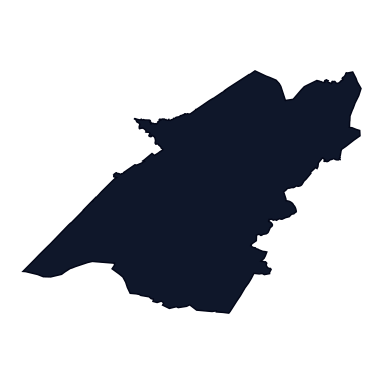 the district of Višķu pag., Daugavpils, Latvia
{"feature_id": "27541924B4584699907336", "entity_name": "Višķu pag.", "entity_type": "district", "adm_level": 2, "iso_a3": "LVA", "parent_name": "Latvia", "parent_adm1": "Daugavpils", "projection": "robinson", "projection_center": [26.799, 56.069], "detail": "fine", "context": "isolated", "style": "filled", "palette": "ink", "viewbox_px": 384, "rotation_deg": 0, "n_neighbors": 0, "source": "geoboundaries", "source_scale": "gbopen_adm2", "svg_char_len": 5990}
<svg xmlns="http://www.w3.org/2000/svg" viewBox="0 0 384 384"><path d="M196.6,310.1L212.1,311.5L215.3,311.0L216.4,311.0L216.3,311.9L223.2,312.4L228.8,313.1L230.2,311.3L236.7,301.1L240.3,295.8L245.0,287.8L248.6,282.9L251.3,278.4L253.9,273.3L259.2,273.9L262.2,273.5L264.3,274.6L269.6,273.6L269.6,272.3L271.1,269.5L270.5,268.5L269.5,268.5L268.4,268.1L267.8,267.8L266.6,266.3L266.3,265.0L266.4,263.7L266.7,263.4L266.7,263.1L265.5,261.8L264.6,261.9L263.9,261.6L262.0,261.5L260.9,261.2L264.0,258.4L265.3,255.9L266.8,252.0L265.0,251.6L262.8,251.4L258.6,249.7L257.8,249.1L256.3,248.9L255.3,247.8L253.3,247.5L251.5,246.5L251.2,246.6L251.5,246.4L251.4,245.9L251.3,245.7L250.8,245.6L251.0,245.3L250.7,245.3L250.7,245.0L250.9,244.5L251.4,244.1L256.3,240.7L256.4,238.6L256.5,235.2L258.0,234.5L259.2,234.3L260.1,234.6L260.3,235.2L260.7,235.4L261.2,235.4L261.7,235.2L263.1,234.3L266.2,233.8L267.6,232.9L268.2,232.2L270.3,227.5L271.6,226.6L272.2,225.9L272.4,225.3L272.4,224.6L272.0,223.8L271.2,222.8L270.1,222.0L269.1,221.7L268.6,221.4L268.5,220.9L268.7,220.5L269.1,220.4L269.1,219.4L270.4,219.4L271.8,219.1L272.1,219.5L273.2,220.1L273.7,220.1L274.9,219.6L276.5,220.3L278.6,219.0L279.5,218.7L281.1,219.2L282.1,219.2L285.6,217.6L289.2,216.7L291.1,214.6L292.4,214.0L293.4,213.9L294.0,213.7L294.6,212.8L295.5,212.5L296.1,211.9L296.3,211.3L295.8,209.1L295.4,207.9L294.6,206.3L293.7,205.3L292.9,203.9L291.7,202.7L289.7,201.5L287.9,201.0L286.1,200.7L285.8,198.6L283.6,191.8L284.5,191.1L284.9,191.0L285.5,190.3L286.3,189.8L286.8,188.9L287.0,188.7L287.7,188.5L288.3,188.1L289.6,188.1L291.7,187.5L293.4,187.6L294.5,187.1L295.8,186.2L296.5,186.0L297.0,185.9L297.9,186.3L298.8,186.2L300.5,185.7L301.4,185.1L302.0,184.4L303.9,181.2L306.1,179.1L310.9,173.3L310.5,172.3L315.6,167.5L317.0,168.5L317.9,166.7L318.4,162.8L322.5,157.9L323.9,158.7L324.2,159.6L325.2,159.9L325.4,160.2L325.2,160.5L324.6,160.4L324.0,161.1L324.3,161.4L325.2,161.2L326.8,161.6L327.3,161.6L328.7,161.0L329.1,160.5L330.1,159.8L331.8,159.4L333.6,158.6L334.5,158.8L334.7,159.1L335.1,159.4L336.4,159.8L338.3,159.9L338.8,159.5L339.4,159.3L340.1,159.6L340.2,159.4L340.1,159.2L339.3,158.6L339.5,158.2L340.1,157.5L339.8,157.1L340.3,155.3L341.0,151.0L341.6,149.3L345.8,146.4L354.0,140.0L360.0,135.8L359.7,130.5L356.4,129.5L351.9,127.7L350.7,127.7L349.3,127.2L349.5,126.3L349.6,121.8L349.8,120.7L350.0,116.0L352.5,109.4L352.9,108.8L354.1,105.6L355.0,103.1L358.7,95.7L361.0,88.5L357.2,81.9L356.0,78.4L352.7,72.0L347.6,73.0L346.3,72.8L345.8,73.5L345.6,74.4L344.7,76.0L344.0,76.8L342.7,77.6L342.2,78.4L342.3,78.7L343.1,79.3L343.0,79.7L340.9,81.0L339.9,82.1L338.9,82.9L338.0,83.2L337.0,83.4L336.2,83.1L334.9,81.5L334.2,81.4L333.0,81.7L332.7,81.4L332.3,81.4L332.1,81.5L331.9,81.9L332.0,82.6L331.7,82.8L331.6,83.5L331.2,83.7L330.6,83.5L330.0,82.8L328.9,82.6L328.2,82.3L328.0,82.0L327.8,81.4L328.2,80.7L327.2,80.3L326.5,79.8L325.0,80.5L325.3,80.9L325.3,81.1L324.6,81.4L324.5,81.6L324.9,82.1L324.7,82.3L324.0,82.6L322.3,82.3L321.1,81.6L319.6,81.5L319.3,81.1L318.5,81.1L318.2,80.8L317.4,80.7L317.4,80.9L316.9,80.5L304.4,86.6L301.2,90.0L293.2,99.3L285.4,100.5L280.8,86.4L279.2,83.6L276.1,80.2L269.8,77.5L266.0,76.1L255.0,70.9L249.5,74.7L249.1,74.5L246.4,76.3L228.3,88.0L224.6,90.6L225.0,90.9L221.8,92.7L213.2,98.5L212.9,98.5L209.4,100.6L200.4,106.8L196.8,109.2L196.1,109.4L196.3,109.6L189.9,114.2L189.6,114.0L188.8,114.1L187.6,113.7L186.3,114.2L185.5,113.8L184.6,113.9L184.4,114.6L183.4,114.6L182.8,115.0L182.0,115.2L181.5,115.7L180.5,115.6L180.1,115.9L179.6,116.7L176.6,117.2L176.4,117.4L175.8,117.5L175.5,118.1L175.1,118.3L173.6,118.4L173.5,118.8L172.9,119.3L172.0,119.7L171.4,119.7L170.5,120.4L169.2,120.3L169.1,120.0L168.5,120.2L168.5,119.7L167.8,120.3L166.4,120.2L166.1,120.1L166.0,119.6L165.2,119.7L164.2,119.0L163.9,119.0L163.4,119.4L162.8,119.0L162.6,119.0L162.0,119.3L161.5,119.3L161.3,119.7L160.2,119.2L159.7,119.2L159.4,119.5L160.1,120.0L160.1,120.4L159.4,120.5L158.5,121.6L158.0,121.7L157.9,122.8L157.0,123.4L156.8,123.9L156.6,124.0L155.4,123.7L154.6,123.9L153.0,123.3L152.7,123.4L152.1,123.3L151.3,123.8L150.8,123.8L151.0,123.1L150.5,122.9L150.0,122.2L150.6,122.0L150.1,121.5L150.1,121.2L149.8,121.0L150.1,120.5L149.9,120.4L149.5,120.6L149.1,120.1L148.9,120.2L148.7,120.1L144.6,120.0L143.7,119.6L142.2,120.0L141.7,119.7L141.5,119.3L141.2,119.2L140.7,119.7L139.9,119.9L139.1,119.8L136.4,119.1L135.6,118.7L134.0,118.6L135.8,119.7L136.4,120.7L136.7,121.7L137.7,122.4L138.7,122.8L139.8,124.2L139.8,124.7L139.2,126.6L139.3,128.4L139.5,128.7L141.4,128.2L142.2,128.1L143.0,128.2L143.9,128.6L145.6,130.1L146.0,130.8L146.1,131.4L145.8,132.0L146.1,132.1L148.6,132.3L149.7,132.9L149.9,133.4L149.9,133.7L148.9,135.5L149.1,136.1L150.1,136.6L151.0,136.7L151.6,136.3L151.1,135.8L151.1,135.6L151.7,135.3L152.4,135.5L154.1,136.6L154.9,137.9L155.2,138.8L155.5,140.8L155.1,143.0L155.6,143.9L155.9,144.2L157.0,143.9L157.7,144.0L158.3,144.3L158.8,145.1L160.2,146.2L161.0,147.2L161.2,148.0L162.6,148.9L162.7,149.4L162.6,150.1L159.7,151.9L158.5,152.9L154.5,155.4L152.0,153.5L144.2,160.0L142.9,160.9L144.3,161.4L141.6,163.1L136.8,165.1L134.9,164.8L124.0,172.3L124.4,172.7L121.7,174.0L121.4,173.8L120.6,174.4L118.8,173.6L117.0,173.4L116.5,172.8L115.9,172.9L114.2,174.2L114.6,174.3L113.7,175.8L113.7,176.3L113.8,176.7L116.4,177.7L115.1,178.5L113.0,180.4L101.6,191.7L98.1,195.5L96.2,197.5L95.9,197.3L92.5,200.8L92.9,201.0L92.5,201.4L92.1,201.2L90.4,202.9L83.6,209.9L83.9,210.0L70.9,223.2L70.6,223.1L68.6,225.0L50.4,243.9L47.9,246.3L39.2,254.9L34.9,259.4L23.0,271.4L25.7,271.6L37.7,274.5L43.3,276.7L50.7,276.9L61.6,274.3L64.7,272.0L70.1,268.5L72.1,267.9L75.3,266.6L87.6,262.5L92.3,261.4L114.6,263.2L114.3,263.9L114.7,264.9L112.1,268.8L119.4,274.1L122.9,277.0L125.7,282.2L127.4,287.4L130.2,293.3L136.1,293.8L139.2,294.4L140.8,295.4L149.1,296.8L151.2,298.7L153.3,299.0L153.2,300.9L153.0,301.4L157.1,302.5L161.4,301.1L163.1,302.4L163.6,303.3L162.6,305.1L169.4,308.4L176.4,306.7L178.2,307.6L186.6,306.3L189.7,304.8L196.6,310.1Z" fill="#0f172a" stroke="#020617" stroke-width="1.5"/></svg>